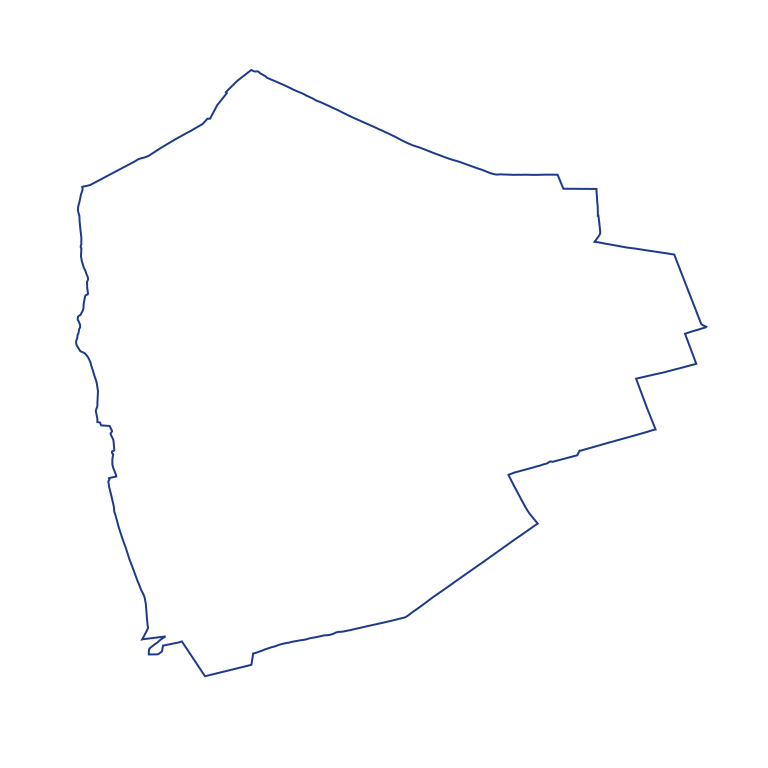 Valea Seaca, Iasi, Romania (Natural Earth projection), rotated 4°
{"feature_id": "2599482B61041984506388", "entity_name": "Valea Seaca", "entity_type": "district", "adm_level": 2, "iso_a3": "ROU", "parent_name": "Romania", "parent_adm1": "Iasi", "projection": "natural_earth1", "projection_center": [26.653, 47.286], "detail": "fine", "context": "isolated", "style": "outline", "palette": "blue", "viewbox_px": 768, "rotation_deg": 4, "n_neighbors": 0, "source": "geoboundaries", "source_scale": "gbopen_adm2", "svg_char_len": 5924}
<svg xmlns="http://www.w3.org/2000/svg" viewBox="0 0 768 768"><g transform="rotate(4 384 384)"><path d="M168.3,670.2L168.8,670.2L169.4,670.1L170.4,670.0L171.8,669.9L172.9,669.8L176.0,669.6L177.7,669.2L178.2,668.8L178.7,668.4L180.9,666.5L181.3,665.6L181.3,665.0L181.5,663.3L181.6,662.5L181.8,660.4L196.7,656.3L200.3,654.9L209.1,666.3L225.8,688.0L271.3,673.4L272.3,661.9L273.8,661.6L276.1,660.6L278.4,659.6L280.7,658.6L283.3,657.3L286.2,656.1L289.7,654.6L293.3,653.4L297.5,651.5L298.4,651.2L299.4,650.8L302.9,649.7L304.7,649.2L306.7,648.8L308.7,648.1L310.5,647.5L312.0,647.2L314.1,646.6L317.7,645.7L319.2,645.3L321.5,644.9L323.7,644.3L325.3,643.8L327.2,643.0L329.8,642.3L332.8,641.6L336.6,640.5L339.4,639.7L340.8,639.2L342.0,638.9L342.6,638.8L343.8,638.7L345.4,638.5L347.5,638.0L349.0,637.5L350.4,637.0L352.0,636.1L353.1,635.4L354.2,635.0L355.5,634.5L356.2,634.4L357.7,634.3L358.9,634.1L359.7,634.0L367.0,632.0L383.1,627.1L398.3,622.6L407.8,619.7L418.3,616.3L421.1,615.4L422.3,614.7L424.6,612.9L426.9,610.8L432.2,606.5L438.9,600.9L447.9,593.1L458.9,584.3L472.3,573.3L498.2,552.3L525.4,529.9L533.3,523.6L542.8,515.9L544.9,514.2L547.1,512.6L538.3,503.2L535.8,500.0L533.7,497.0L529.3,490.1L520.1,475.4L514.6,466.2L514.5,465.9L515.3,465.6L516.5,465.0L517.8,464.4L519.2,463.7L520.4,463.2L521.6,462.8L523.1,462.3L525.6,461.4L528.1,460.5L532.5,459.0L537.1,457.4L539.1,456.7L541.9,455.6L545.1,454.6L547.4,453.6L549.0,453.0L550.6,452.4L552.2,451.8L554.0,450.5L555.0,449.8L555.6,449.6L556.8,449.7L557.5,449.9L581.8,441.6L583.8,436.8L584.9,436.8L589.1,435.2L598.1,432.0L612.6,426.7L627.3,421.5L633.3,419.4L643.3,415.8L649.8,413.4L655.2,411.3L658.1,410.4L648.0,389.5L635.1,361.1L655.5,354.9L661.1,353.3L694.1,342.1L680.8,312.9L685.5,310.9L701.1,305.0L701.5,304.4L697.7,303.0L696.2,301.9L685.8,279.8L674.3,255.5L664.5,234.6L636.2,232.3L625.3,231.4L616.4,230.9L604.1,229.5L594.4,228.5L587.9,227.7L584.2,227.5L584.7,226.6L587.0,222.9L588.7,220.1L589.2,217.9L588.8,215.4L587.4,207.5L586.8,204.3L586.4,202.4L586.1,201.1L585.6,201.2L585.6,200.8L585.0,194.1L584.7,191.3L584.2,188.6L583.8,185.8L583.1,180.6L582.6,177.4L582.3,174.6L549.3,176.7L542.6,163.1L541.5,163.2L533.1,163.7L530.4,163.9L529.1,164.0L525.3,164.4L520.9,164.8L515.9,165.1L511.4,165.3L506.6,165.7L503.3,165.9L498.8,166.3L495.6,166.4L492.5,166.5L490.0,166.6L488.1,166.7L485.6,166.7L484.3,166.9L482.2,167.2L481.3,167.2L480.2,167.1L478.9,166.9L477.2,166.6L475.3,166.2L473.0,165.5L469.7,164.4L465.7,163.2L462.0,162.3L458.5,161.3L450.0,158.9L445.5,157.6L442.8,156.9L440.8,156.4L438.0,155.9L432.7,154.6L427.8,153.2L422.9,151.7L416.6,149.9L406.6,146.7L403.7,145.8L401.8,145.3L399.2,144.7L397.1,144.2L395.4,143.7L390.3,141.9L384.8,139.7L379.5,137.3L370.9,133.8L369.2,133.1L367.9,132.9L366.4,132.0L362.0,130.5L359.4,129.5L357.9,128.9L349.4,125.8L338.9,122.0L335.3,120.7L330.9,119.0L325.5,116.8L321.2,115.0L318.7,113.9L316.5,113.1L314.0,112.2L310.3,110.7L306.9,109.5L302.0,107.6L298.8,106.6L296.4,105.9L295.1,105.2L292.8,104.1L288.4,102.4L286.6,101.8L285.2,101.1L283.5,100.3L281.6,99.6L277.0,98.1L274.5,97.2L273.0,96.7L270.8,95.7L268.3,94.7L264.2,93.1L263.1,92.7L257.0,90.5L251.5,88.6L245.9,86.7L245.2,86.1L244.5,85.4L243.1,84.7L241.3,83.8L240.0,83.3L238.8,82.7L237.2,81.4L236.2,80.9L235.0,81.1L233.5,81.3L232.4,81.1L231.1,80.6L229.7,80.0L220.1,88.6L216.4,91.9L205.9,103.9L206.9,104.8L198.1,117.6L194.3,126.2L192.0,131.4L190.6,131.6L189.3,131.7L188.1,133.3L184.9,137.3L173.2,145.2L170.4,146.9L159.9,153.7L145.7,163.5L133.3,172.8L129.7,174.6L126.6,175.6L123.6,176.7L119.3,179.7L108.0,186.7L101.1,191.0L91.9,196.7L87.0,199.8L83.1,202.2L77.2,205.9L74.3,206.9L73.3,207.2L72.3,207.5L71.4,207.7L70.1,208.0L69.2,208.4L69.2,208.6L69.3,208.8L69.8,210.4L69.5,212.6L68.9,214.6L68.8,215.0L68.3,217.5L68.1,219.1L68.0,220.1L67.6,222.9L67.5,223.4L66.9,226.6L66.6,228.2L66.5,229.6L66.5,231.2L66.5,232.1L67.2,234.4L67.8,235.8L68.2,236.9L68.6,239.0L68.7,240.4L68.8,241.5L69.2,244.2L69.8,247.7L70.3,250.6L71.1,254.9L71.4,256.5L71.9,259.1L72.1,262.3L72.2,264.6L72.3,266.1L71.9,267.3L71.9,268.5L72.2,269.3L72.6,269.6L72.7,272.0L72.8,277.9L73.2,279.2L73.5,280.5L74.1,282.9L75.4,286.2L76.5,289.0L77.7,291.1L78.4,292.2L79.1,294.2L80.2,296.4L81.1,298.2L81.5,299.9L81.3,301.1L80.6,302.8L80.9,305.6L81.2,308.8L81.9,311.9L82.4,314.5L82.1,315.4L80.6,315.9L79.7,317.3L79.6,318.3L78.8,325.3L78.9,329.5L78.3,332.1L77.2,334.4L76.3,336.4L75.1,337.1L74.1,338.1L73.9,339.9L74.0,341.3L75.0,342.7L76.7,346.1L76.9,348.7L76.1,350.5L75.7,354.4L75.0,356.2L74.7,360.0L74.1,361.9L73.9,364.1L74.6,366.6L77.0,370.0L78.7,372.4L81.4,373.4L83.3,374.2L85.2,375.9L87.3,378.6L89.6,382.7L90.5,385.5L92.9,391.6L94.6,396.0L95.4,398.0L96.3,400.1L97.2,402.4L99.2,411.2L99.4,421.9L99.6,426.4L98.8,428.9L98.4,431.1L99.7,435.8L100.6,439.1L100.7,442.0L101.7,442.0L103.4,442.3L104.7,445.0L113.2,445.0L114.2,446.6L115.4,448.9L115.7,449.2L116.0,450.3L114.7,452.4L115.1,453.8L116.3,455.8L117.6,457.9L118.2,460.0L118.8,463.8L119.5,468.2L119.4,468.8L119.3,469.3L118.2,469.8L117.8,470.0L117.4,470.3L117.4,471.0L117.7,472.1L117.9,472.5L118.7,472.9L118.3,477.7L118.4,480.2L118.6,483.1L119.7,486.5L121.3,489.8L122.8,492.9L123.4,494.9L116.2,497.1L116.7,498.4L115.8,500.5L116.5,503.4L116.8,504.8L117.1,506.4L117.4,507.2L117.7,507.9L118.1,509.3L119.6,513.8L121.2,519.1L123.0,525.0L123.9,530.6L124.6,531.7L126.8,538.0L129.4,545.5L130.8,549.0L133.9,556.6L136.4,562.3L137.4,564.4L138.1,566.1L142.2,576.4L146.9,586.5L149.1,591.5L150.5,594.6L152.2,598.5L152.9,599.6L156.2,606.5L158.2,609.8L159.2,611.6L160.1,613.7L160.7,616.0L161.6,619.4L162.1,622.3L162.8,627.0L163.3,630.6L163.7,633.3L164.3,636.7L164.9,640.7L165.6,643.4L165.4,644.5L165.0,645.5L164.5,646.8L163.8,648.6L163.0,650.1L162.3,652.0L161.6,653.4L161.0,654.6L160.6,655.6L160.9,655.5L183.7,651.1L181.8,652.3L180.1,653.7L178.4,655.2L175.9,657.8L173.9,659.3L172.7,660.4L171.1,661.8L169.5,663.2L168.3,664.6L168.1,665.5L168.1,667.7L168.1,668.0L168.3,670.2Z" fill="none" stroke="#1e3a8a" stroke-width="2"/></g></svg>